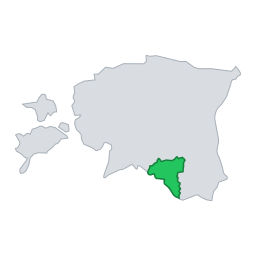 where Valga sits in Estonia
{"feature_id": "EST-2349", "entity_name": "Valga", "entity_type": "County", "adm_level": 1, "iso_a3": "EST", "parent_name": "Estonia", "parent_adm1": "", "projection": "mercator", "projection_center": [26.16, 57.869], "detail": "fine", "context": "in_parent", "style": "filled", "palette": "green", "viewbox_px": 256, "rotation_deg": 0, "n_neighbors": 0, "source": "natural_earth", "source_scale": "10m", "svg_char_len": 4050}
<svg xmlns="http://www.w3.org/2000/svg" viewBox="0 0 256 256"><path d="M212.0,200.4L211.1,200.6L206.2,199.7L200.7,197.0L198.2,195.0L195.9,195.0L193.0,196.3L182.7,200.2L180.2,199.3L174.3,195.5L171.4,191.4L164.8,183.2L164.2,181.2L163.4,179.6L156.3,177.6L153.7,174.5L151.5,174.1L148.3,172.6L140.1,166.1L138.0,165.5L137.5,166.6L137.7,168.1L137.1,169.0L136.1,169.0L134.2,166.6L131.9,164.4L124.7,168.4L122.1,169.5L119.9,169.7L108.5,174.9L105.1,177.8L103.7,177.5L104.0,174.8L108.7,161.6L109.6,151.0L111.3,149.5L111.8,148.1L111.1,144.7L106.2,142.5L104.2,142.8L102.4,146.5L100.6,149.1L96.2,150.7L92.5,147.9L83.8,144.2L81.6,139.3L81.1,134.3L76.5,129.5L74.6,123.9L75.3,119.9L79.5,117.3L80.7,115.0L75.4,115.4L74.4,114.8L74.1,112.8L71.8,105.8L73.9,103.0L74.8,100.3L73.1,98.0L73.5,95.4L74.8,92.8L74.0,86.6L79.3,83.4L84.3,81.1L95.1,79.9L94.0,74.2L98.4,74.0L105.7,67.2L113.0,68.4L123.5,63.7L143.8,63.8L146.5,61.1L146.1,58.3L146.1,55.4L149.9,56.3L156.3,55.7L180.2,61.5L186.0,61.5L194.2,67.3L198.6,68.7L211.5,68.7L231.4,71.3L235.3,67.4L235.7,66.4L237.6,68.6L240.0,72.1L240.6,74.1L239.8,75.3L237.4,76.3L236.9,77.4L235.8,79.2L233.0,79.5L231.6,80.9L229.9,86.8L226.6,96.6L221.7,104.1L217.8,108.1L216.1,111.2L215.0,115.0L214.7,118.7L218.5,139.2L218.4,142.8L217.5,146.6L216.9,150.4L217.4,153.7L219.9,159.4L222.5,167.8L223.6,173.1L225.3,175.1L227.0,176.5L227.3,177.4L227.3,178.4L226.4,179.4L218.9,182.2L217.9,184.6L217.1,187.2L213.8,191.1L212.8,194.7L212.1,198.9L212.0,200.4ZM42.7,126.4L45.2,128.1L47.5,127.6L49.9,126.4L55.1,127.5L66.8,135.9L67.9,138.1L60.9,139.1L59.3,141.7L57.6,143.5L55.6,144.0L52.2,147.6L47.7,151.1L46.7,153.1L38.4,152.7L33.9,154.0L30.2,157.9L28.7,165.2L26.0,171.0L23.3,173.0L20.5,173.4L19.8,171.2L20.0,169.1L26.0,160.9L27.3,158.3L24.3,157.1L21.8,154.3L16.3,151.0L15.4,148.3L16.7,148.1L17.9,147.3L19.3,145.1L20.0,142.5L15.6,134.9L17.9,133.8L20.6,134.0L23.5,136.2L26.6,133.7L27.9,133.3L30.1,134.2L32.3,129.2L37.5,127.5L40.1,126.0L42.7,126.4ZM53.6,112.2L50.7,115.7L48.9,114.3L48.0,112.7L44.2,120.4L40.0,121.7L37.5,120.2L37.7,117.3L35.3,109.7L31.6,107.5L26.4,107.3L22.6,104.2L37.1,102.0L38.6,98.4L41.6,94.6L43.8,94.2L45.7,95.1L46.0,98.0L46.5,99.2L53.1,100.9L55.7,105.8L56.7,111.8L53.6,112.2ZM68.6,131.3L65.7,132.0L58.6,127.1L60.2,123.8L62.3,122.5L68.3,124.5L69.1,129.6L68.6,131.3Z" fill="#d9dde1" stroke="#a8b0b8" stroke-width="1"/><path d="M150.3,174.8L149.4,174.7L148.6,174.2L147.9,173.2L147.7,172.6L147.7,172.2L148.3,170.8L148.5,170.1L148.8,169.6L149.7,168.1L149.8,167.5L149.7,166.8L149.8,166.3L150.1,165.9L151.0,165.8L151.6,165.9L152.2,165.8L152.7,165.3L153.8,164.1L155.1,163.0L157.1,162.1L157.3,161.7L157.4,161.2L157.3,160.9L157.2,160.6L157.3,160.2L157.6,159.8L158.1,159.4L158.2,159.1L158.2,158.8L158.4,158.5L158.9,158.6L159.8,159.2L160.3,160.0L160.7,160.9L161.2,161.4L162.3,161.4L163.0,161.0L166.2,160.1L172.2,160.6L172.9,160.2L173.7,159.6L174.3,159.5L174.9,158.9L176.3,157.2L176.8,156.9L177.2,156.9L177.6,157.5L178.0,157.8L178.7,158.6L179.1,158.6L179.7,158.3L180.2,158.0L182.3,157.4L182.9,157.9L183.3,158.3L184.0,158.9L184.4,159.2L185.0,160.4L184.3,161.2L184.1,161.4L183.9,162.1L183.5,163.6L183.5,164.1L183.5,164.8L183.6,166.2L183.4,167.4L183.2,168.2L183.0,171.7L178.9,172.3L177.7,172.8L177.6,173.1L177.6,173.7L177.6,174.3L177.4,175.1L177.0,175.8L176.7,176.3L176.7,176.9L177.7,177.1L178.1,177.9L177.6,179.2L177.7,179.5L177.7,181.6L178.7,182.4L179.7,182.7L180.0,183.3L180.0,183.8L179.8,184.7L179.6,185.1L179.3,185.3L179.0,185.6L179.0,185.9L179.2,186.5L179.3,187.1L179.5,187.6L180.0,187.9L180.4,188.3L180.4,188.9L180.3,189.3L179.6,190.0L178.9,191.2L179.0,191.4L179.4,192.0L180.2,192.8L180.2,193.2L180.1,193.6L179.8,193.9L179.1,194.4L178.9,194.8L178.9,195.0L179.1,195.4L179.2,195.7L179.0,197.2L179.1,198.1L176.2,196.9L175.8,196.7L174.3,195.6L173.1,194.2L169.7,188.6L168.5,187.2L164.6,183.9L164.3,183.1L164.1,181.7L164.3,181.1L164.5,180.7L164.6,180.3L164.5,179.6L164.2,179.3L163.8,179.1L156.3,178.4L155.4,177.6L154.9,176.2L154.6,174.9L154.0,173.9L153.5,173.9L153.1,174.0L151.2,174.7L150.3,174.8Z" fill="#22c55e" stroke="#15803d" stroke-width="1.5"/></svg>